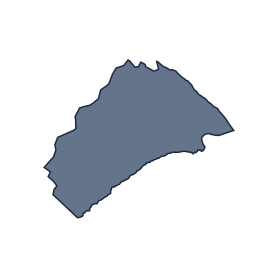 Ledzokuku Municipal, Greater Accra, Ghana (Albers equal-area conic projection), rotated 246°
{"feature_id": "2480657B94892111901595", "entity_name": "Ledzokuku Municipal", "entity_type": "district", "adm_level": 2, "iso_a3": "GHA", "parent_name": "Ghana", "parent_adm1": "Greater Accra", "projection": "albers", "projection_center": [-0.125, 5.602], "detail": "fine", "context": "isolated", "style": "filled", "palette": "slate", "viewbox_px": 256, "rotation_deg": 246, "n_neighbors": 0, "source": "geoboundaries", "source_scale": "gbopen_adm2", "svg_char_len": 3146}
<svg xmlns="http://www.w3.org/2000/svg" viewBox="0 0 256 256"><g transform="rotate(246 128 128)"><path d="M66.7,45.3L65.9,47.9L66.0,50.6L66.4,51.3L66.7,51.5L67.6,51.5L68.1,52.5L68.1,53.9L68.6,54.5L69.2,57.0L68.4,58.0L68.2,58.6L68.1,59.4L68.9,59.9L70.2,60.2L70.4,61.0L70.8,61.5L71.0,62.3L72.5,63.6L72.6,64.2L72.2,65.6L72.4,67.0L71.4,69.0L72.9,70.8L73.3,71.3L73.5,72.3L73.2,74.4L73.7,76.5L74.2,78.5L74.2,79.8L74.3,81.2L74.5,81.6L75.1,82.1L75.1,83.6L75.3,85.1L75.4,85.5L76.5,86.1L77.0,86.3L77.7,86.6L78.7,88.0L79.4,88.0L79.9,88.7L80.5,90.2L80.2,90.7L79.6,91.3L80.2,93.1L80.0,93.7L80.3,96.5L80.0,97.1L81.6,100.0L81.6,100.7L81.3,101.3L81.3,102.5L81.7,103.3L81.5,104.2L81.5,104.8L81.6,105.4L81.5,106.7L81.6,107.3L81.9,108.3L82.3,108.8L82.7,109.6L83.6,110.6L83.6,111.5L83.5,115.0L84.3,117.8L85.2,119.1L85.2,121.2L85.3,121.9L85.8,123.2L87.1,125.7L87.6,126.7L87.6,127.6L87.5,128.0L87.4,129.2L88.3,129.9L88.1,131.1L88.6,132.6L87.7,133.7L87.7,134.2L88.2,134.8L88.4,135.6L88.0,137.0L88.4,138.3L88.3,138.9L88.3,139.5L88.1,141.2L88.3,142.7L87.9,143.9L88.5,146.6L87.9,149.2L87.7,150.2L87.8,151.9L88.1,153.0L88.5,154.0L88.4,154.6L87.7,156.3L87.6,157.1L88.0,157.5L87.9,158.5L85.3,164.2L84.9,166.2L84.5,168.2L84.0,169.4L83.3,171.1L82.5,171.7L82.2,172.9L81.6,173.6L81.2,173.8L80.8,174.2L80.8,175.0L80.1,175.5L79.7,176.3L79.0,176.4L78.1,176.8L77.9,177.4L78.5,178.1L78.5,179.3L77.9,180.0L78.4,181.0L78.4,181.8L79.6,183.0L78.4,184.5L78.3,185.4L77.7,185.6L77.1,185.4L76.8,185.6L76.9,186.6L76.7,187.3L77.4,188.4L77.8,189.1L78.4,189.7L78.8,190.1L80.0,190.6L81.5,190.2L83.1,190.0L84.6,190.2L86.2,190.4L87.5,190.7L88.8,191.1L89.4,191.5L90.0,193.3L90.6,194.1L90.7,195.3L90.8,196.6L90.6,197.5L90.5,198.4L90.0,199.4L89.0,200.9L88.1,201.5L87.2,203.3L85.7,204.8L85.4,205.5L85.2,206.8L84.3,207.6L84.1,209.2L83.9,211.3L82.8,223.6L87.9,222.5L89.9,222.1L92.6,221.6L94.1,221.5L95.8,221.1L96.6,221.0L97.5,220.8L99.1,220.3L99.9,220.1L100.8,219.8L101.5,219.7L102.1,219.4L103.2,219.2L104.6,218.6L105.3,218.5L105.9,218.1L106.6,218.1L107.3,217.8L108.4,217.8L109.2,217.8L110.1,217.2L111.5,215.8L111.8,215.8L113.7,214.6L116.4,213.6L118.9,212.0L121.1,211.4L122.6,210.8L124.3,210.1L124.9,209.4L125.1,209.2L125.7,208.9L126.2,208.8L126.6,208.7L127.5,207.7L128.3,207.5L129.9,206.3L130.5,206.0L131.0,205.9L131.9,205.8L133.4,205.6L135.1,204.5L136.1,204.1L137.9,203.8L140.8,203.7L143.8,202.8L145.2,202.2L146.8,201.8L148.1,200.3L150.1,199.5L151.2,198.8L152.5,198.0L155.6,196.5L159.0,195.3L160.5,194.9L163.0,192.4L163.8,190.7L164.2,189.7L165.1,189.0L166.1,188.6L167.3,187.7L168.8,186.1L171.0,184.7L173.3,183.6L174.3,183.0L175.7,182.5L176.5,181.9L177.1,181.3L169.3,179.9L169.3,174.9L172.6,172.4L176.4,169.4L179.3,169.4L183.0,166.5L179.7,162.4L181.0,159.0L188.4,156.9L190.1,155.7L186.8,149.5L187.6,141.5L183.4,135.7L175.9,128.2L174.7,122.8L173.9,118.6L166.8,112.8L165.1,107.0L164.3,102.4L165.5,96.1L166.0,92.0L160.1,84.5L157.2,83.6L153.0,82.0L148.5,79.9L148.0,77.4L148.0,68.2L148.0,64.1L148.0,59.9L142.6,54.5L137.2,53.2L131.8,48.2L129.7,43.2L126.0,35.3L123.5,37.0L119.3,39.1L116.0,35.3L109.7,38.2L103.9,39.5L102.2,35.7L97.6,32.4L66.7,45.3Z" fill="#64748b" stroke="#1e293b" stroke-width="1.5"/></g></svg>